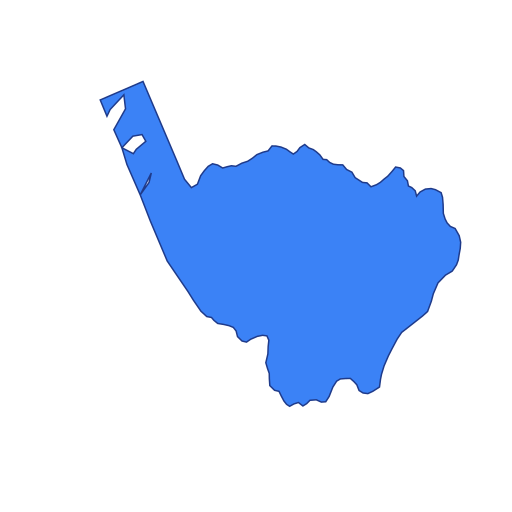 the district of Santa Luzia do Itanhy, Sergipe, Brazil, rotated 17°
{"feature_id": "56859067B77744961178342", "entity_name": "Santa Luzia do Itanhy", "entity_type": "district", "adm_level": 2, "iso_a3": "BRA", "parent_name": "Brazil", "parent_adm1": "Sergipe", "projection": "equal_earth", "projection_center": [-37.504, -11.37], "detail": "fine", "context": "isolated", "style": "filled", "palette": "blue", "viewbox_px": 512, "rotation_deg": 17, "n_neighbors": 0, "source": "geoboundaries", "source_scale": "gbopen_adm2", "svg_char_len": 2202}
<svg xmlns="http://www.w3.org/2000/svg" viewBox="0 0 512 512"><g transform="rotate(17 256 256)"><path d="M127.4,231.4L144.7,253.4L172.6,286.8L201.5,310.0L209.1,316.6L212.6,319.4L219.5,324.9L226.6,328.3L231.4,327.8L234.7,329.9L239.1,331.7L245.0,330.9L250.6,330.5L255.2,330.9L258.9,333.5L261.9,338.5L267.5,341.4L272.1,341.1L275.2,337.2L280.7,332.5L285.5,329.9L289.8,329.2L292.9,332.8L294.1,339.0L296.0,346.2L296.6,355.2L299.9,360.2L303.0,364.4L304.7,369.6L307.1,375.9L313.0,379.0L317.6,378.7L321.2,382.6L325.1,386.5L328.6,388.9L332.1,389.9L335.6,386.3L339.4,383.7L344.7,385.7L347.6,382.4L349.8,378.2L355.7,375.9L361.2,376.6L365.3,375.0L367.0,369.0L367.8,358.9L369.7,352.1L372.6,348.9L377.7,346.9L382.0,345.5L386.2,347.4L390.1,349.7L393.9,354.5L398.4,355.7L403.2,354.9L407.3,351.2L412.4,345.2L411.1,337.4L410.6,332.3L410.6,323.6L411.8,312.7L413.2,304.8L415.3,294.1L417.6,286.5L424.8,276.2L432.8,264.7L436.3,258.9L436.9,248.0L436.6,240.3L437.9,228.5L442.8,218.9L448.1,213.0L450.3,205.8L450.6,200.7L449.8,195.2L449.1,189.0L447.7,183.0L444.4,177.2L438.4,171.5L433.2,170.9L429.1,168.5L426.0,165.3L422.7,160.5L419.9,152.1L417.2,145.3L414.5,141.3L408.2,140.1L403.7,140.3L398.4,142.5L394.2,146.8L392.1,151.8L389.2,147.1L384.9,145.0L381.3,144.5L378.8,139.8L374.2,136.7L372.1,131.2L368.3,129.6L363.5,130.1L361.4,135.3L358.6,141.3L356.0,145.0L353.4,149.2L350.5,152.5L345.7,156.2L340.8,153.6L336.3,154.5L332.5,153.4L327.9,152.1L323.2,147.8L317.4,146.8L312.3,143.5L307.7,144.8L303.2,145.6L299.1,145.0L295.4,143.2L291.9,144.0L287.4,140.6L283.2,138.7L279.7,137.5L274.9,137.2L270.0,135.1L266.3,139.5L264.7,144.0L261.9,147.6L258.4,146.6L253.8,145.0L248.0,144.5L243.0,145.0L239.1,146.1L236.8,152.0L232.3,154.7L227.2,158.8L224.0,163.5L220.4,167.8L215.3,171.4L210.6,176.1L206.1,176.9L202.4,179.0L198.4,181.6L192.8,180.2L187.5,180.5L184.1,184.2L181.7,189.4L179.6,195.4L179.0,204.5L174.2,209.5L165.2,203.5L152.4,188.1L96.9,122.1L61.4,152.3L72.6,165.9L73.7,158.5L82.5,140.5L88.2,153.4L83.1,176.8L96.1,191.7L105.8,206.2L127.4,231.4ZM96.1,191.7L103.2,177.4L111.5,173.2L117.1,178.5L110.3,189.0L108.8,194.0L96.1,191.7ZM127.4,231.4L131.6,207.2L132.2,217.0L127.4,231.4Z" fill="#3b82f6" stroke="#1e3a8a" stroke-width="1.5"/></g></svg>